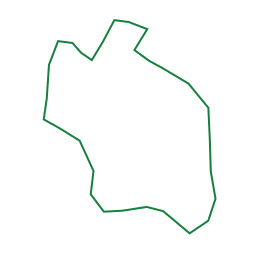 outline of Orahovac, rotated 177°
{"feature_id": "KOS-5891", "entity_name": "Orahovac", "entity_type": "District", "adm_level": 1, "iso_a3": "XKX", "parent_name": "Kosovo", "parent_adm1": "", "projection": "natural_earth1", "projection_center": [20.611, 42.394], "detail": "fine", "context": "isolated", "style": "outline", "palette": "green", "viewbox_px": 256, "rotation_deg": 177, "n_neighbors": 0, "source": "natural_earth", "source_scale": "10m", "svg_char_len": 507}
<svg xmlns="http://www.w3.org/2000/svg" viewBox="0 0 256 256"><g transform="rotate(177 128 128)"><path d="M103.6,225.7L117.5,205.5L103.6,194.1L90.4,186.0L65.3,169.2L46.7,144.0L46.9,112.7L47.6,80.3L44.3,52.8L52.7,31.2L72.0,19.6L97.2,43.1L113.5,48.2L138.1,45.7L156.5,45.7L168.7,63.7L164.7,86.9L176.9,117.8L195.4,130.7L211.7,141.0L207.6,161.6L203.6,195.2L193.3,218.4L179.0,215.8L170.8,205.5L160.6,197.7L148.3,215.8L136.0,236.4L121.7,233.8L103.6,225.7Z" fill="none" stroke="#15803d" stroke-width="2"/></g></svg>